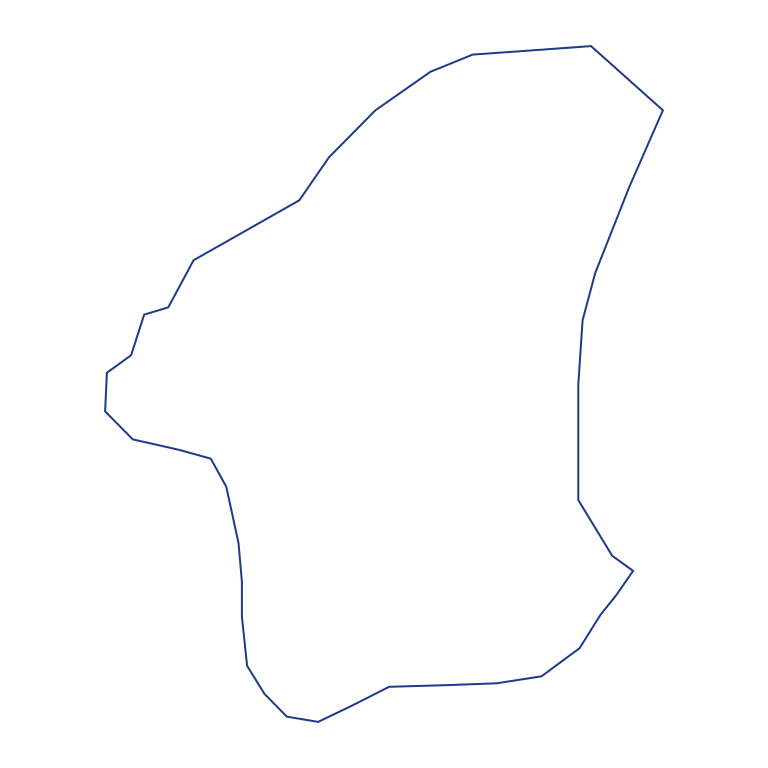 the district of Avgolida, Cyprus
{"feature_id": "46923920B2873986073585", "entity_name": "Avgolida", "entity_type": "district", "adm_level": 2, "iso_a3": "CYP", "parent_name": "Cyprus", "parent_adm1": "", "projection": "natural_earth1", "projection_center": [33.958, 35.353], "detail": "fine", "context": "isolated", "style": "outline", "palette": "blue", "viewbox_px": 768, "rotation_deg": 0, "n_neighbors": 0, "source": "geoboundaries", "source_scale": "gbopen_adm2", "svg_char_len": 627}
<svg xmlns="http://www.w3.org/2000/svg" viewBox="0 0 768 768"><path d="M591.0,46.1L472.6,54.6L430.4,71.8L375.4,110.3L328.9,157.4L299.3,200.3L193.6,260.2L168.3,307.3L151.7,312.4L144.2,314.6L131.1,355.2L106.9,372.8L105.1,411.4L132.8,439.4L179.6,450.0L210.8,458.7L226.3,486.8L238.5,543.0L241.9,581.6L241.9,616.6L247.1,665.8L264.4,693.8L286.9,716.7L318.1,721.9L351.0,706.1L389.1,686.8L448.0,685.1L496.5,683.3L541.5,676.3L579.6,648.2L600.4,614.9L615.9,595.6L633.1,570.9L612.2,555.8L578.3,500.1L578.3,427.3L578.3,384.4L582.6,320.2L595.2,273.1L629.1,187.4L662.9,110.3L591.0,46.1Z" fill="none" stroke="#1e3a8a" stroke-width="2"/></svg>